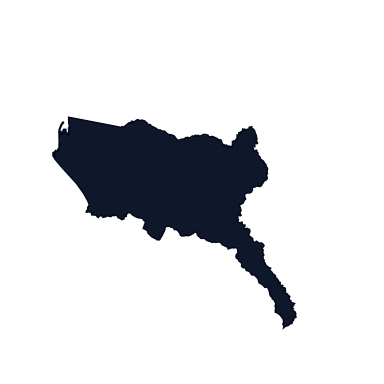 outline of Tumbes, Tumbes, Peru, rotated 295°
{"feature_id": "86281439B11077659062931", "entity_name": "Tumbes", "entity_type": "district", "adm_level": 2, "iso_a3": "PER", "parent_name": "Peru", "parent_adm1": "Tumbes", "projection": "robinson", "projection_center": [-80.432, -3.859], "detail": "fine", "context": "isolated", "style": "filled", "palette": "ink", "viewbox_px": 384, "rotation_deg": 295, "n_neighbors": 0, "source": "geoboundaries", "source_scale": "gbopen_adm2", "svg_char_len": 6087}
<svg xmlns="http://www.w3.org/2000/svg" viewBox="0 0 384 384"><g transform="rotate(295 192 192)"><path d="M107.6,332.4L109.9,333.5L111.4,335.4L114.3,336.9L115.0,338.1L117.8,337.6L118.4,338.3L119.3,337.5L120.6,338.2L122.0,338.3L122.7,339.1L123.4,338.2L124.3,337.6L124.9,337.8L126.7,336.5L127.7,333.2L128.5,332.7L129.2,333.0L129.1,330.7L130.0,331.7L131.1,331.5L131.9,332.1L132.5,331.7L134.2,332.1L133.9,329.0L134.5,327.7L135.3,327.5L135.2,326.1L137.5,324.3L138.2,324.9L138.7,324.7L138.8,324.3L138.4,324.2L138.6,323.1L139.9,321.8L139.8,319.5L142.8,318.0L143.0,317.5L144.1,317.3L144.3,316.4L143.8,315.3L143.8,313.7L144.3,313.5L145.4,314.0L145.7,313.3L145.0,312.3L144.9,311.2L145.6,310.5L146.8,310.5L147.3,310.1L147.2,308.3L148.4,307.6L149.0,305.8L149.6,305.3L149.5,303.5L151.3,303.2L151.4,302.3L152.0,301.3L151.8,300.2L153.1,298.3L154.0,295.7L154.7,295.2L156.1,295.5L156.0,293.0L156.7,290.6L157.5,289.0L158.6,288.1L159.2,286.7L159.7,286.2L160.6,286.3L161.5,284.7L163.5,283.5L165.4,283.7L165.9,282.3L166.9,282.1L168.1,281.1L169.5,281.1L170.0,279.9L170.7,279.3L173.7,280.0L174.5,279.1L175.2,276.7L173.9,274.1L174.6,271.9L174.6,271.2L173.4,270.6L172.4,269.3L173.2,268.0L175.5,266.6L176.6,261.5L180.5,261.3L182.4,259.9L182.2,256.8L180.8,255.5L180.7,254.6L181.2,254.1L183.5,254.4L184.4,254.0L183.5,251.7L185.8,250.0L184.5,248.7L183.9,246.9L184.5,246.2L186.3,245.8L187.4,244.7L189.7,243.6L190.4,243.8L190.9,245.9L191.7,246.3L193.2,244.1L195.4,244.3L196.6,243.8L200.8,239.9L201.4,241.4L203.0,242.7L204.0,243.0L206.6,242.9L208.2,243.6L210.2,241.6L212.2,240.6L214.2,242.0L215.6,244.7L216.6,245.7L219.6,245.9L221.5,244.6L223.5,247.3L225.0,248.1L225.3,250.5L226.7,252.1L232.4,252.7L234.3,254.1L235.6,254.5L236.8,254.1L238.9,252.2L240.6,252.6L242.1,251.3L244.6,250.9L245.7,250.0L246.5,248.4L248.0,247.5L249.0,245.1L250.1,243.9L250.9,239.7L252.2,239.2L253.5,235.8L255.2,235.4L255.8,233.9L257.1,233.0L257.1,232.5L255.8,232.3L255.7,230.8L256.3,229.8L257.2,229.5L257.6,227.6L258.6,227.6L259.6,229.8L262.0,228.7L263.1,228.8L263.6,229.5L263.2,230.5L263.9,230.8L265.8,228.6L267.3,228.5L270.7,226.1L271.9,224.6L274.0,222.8L275.0,220.8L274.6,219.7L276.4,218.5L274.8,216.5L274.0,217.2L272.8,216.7L272.6,216.0L270.8,214.7L270.7,214.2L271.3,213.4L270.5,212.2L270.6,211.4L270.2,211.5L270.1,212.3L269.1,211.7L268.2,212.1L267.5,211.3L266.8,211.8L266.7,210.8L265.4,209.4L264.5,209.9L265.0,210.7L264.8,211.0L263.5,210.4L262.7,210.5L262.8,208.8L259.5,210.2L258.7,209.8L258.8,210.5L258.2,210.7L256.4,209.3L255.6,207.8L254.6,207.3L253.6,208.5L252.6,208.2L251.6,209.2L250.8,208.8L250.2,209.4L249.3,209.2L249.5,208.0L249.1,207.3L249.5,206.4L249.2,206.0L248.4,206.0L248.3,205.4L249.1,203.5L248.8,202.9L247.5,202.5L248.4,201.4L248.2,199.7L251.5,196.1L250.6,194.7L251.1,191.9L251.0,187.1L249.3,184.6L249.4,183.7L250.3,182.3L249.6,179.1L248.8,177.8L247.0,176.7L246.1,175.4L245.9,173.4L244.9,172.8L244.9,171.0L243.6,170.5L242.9,168.6L241.9,168.4L239.4,166.3L239.8,165.1L238.6,163.9L238.7,163.3L236.9,162.6L235.3,160.1L233.2,158.1L233.2,155.9L235.3,152.2L235.2,149.8L234.1,145.7L235.6,141.4L234.8,140.3L234.7,136.7L233.9,135.3L234.5,132.5L234.6,127.2L235.4,125.7L234.7,123.4L234.9,122.3L235.8,121.8L235.8,120.5L236.4,119.2L236.0,116.1L234.8,115.0L234.6,112.2L233.7,111.3L231.7,110.4L230.8,108.9L230.9,107.9L230.5,107.3L229.5,108.1L228.8,108.0L228.9,107.0L228.1,105.7L221.8,102.5L221.6,100.8L220.3,100.0L219.9,97.5L207.6,48.6L201.6,51.6L200.9,52.5L199.5,53.1L197.5,53.1L197.2,53.6L197.7,53.7L194.0,54.8L192.9,55.8L193.0,54.8L191.6,55.0L192.1,54.5L191.9,53.3L192.7,52.8L192.2,52.4L193.5,52.2L193.4,51.3L195.2,51.5L195.4,50.9L194.7,49.3L193.4,49.1L189.4,50.2L188.9,49.5L189.4,48.8L191.5,47.7L191.3,47.2L189.7,47.2L190.2,46.9L189.7,47.0L189.1,47.9L188.2,48.4L185.9,48.7L187.7,47.9L188.8,47.9L189.9,46.5L191.3,46.4L192.1,45.7L193.4,45.5L193.5,45.9L194.6,45.4L195.5,45.7L198.6,45.5L198.9,45.8L199.2,45.4L200.2,46.3L200.9,45.9L200.5,45.3L197.7,44.9L193.7,45.1L190.9,45.7L180.6,50.8L179.1,52.2L179.0,53.1L178.3,52.3L180.1,50.9L175.9,52.8L172.5,52.2L173.9,52.8L176.0,53.0L174.2,53.3L171.0,52.4L170.0,51.4L171.4,52.0L171.6,51.9L168.8,50.4L167.8,51.5L167.9,52.3L167.6,52.2L167.9,50.8L168.6,50.2L172.5,51.2L171.8,50.7L168.8,50.0L168.8,49.5L168.2,49.6L167.1,52.1L165.9,52.2L166.5,50.5L166.1,50.6L163.7,54.3L159.8,62.6L151.0,83.6L145.0,94.3L140.1,101.1L137.3,104.1L136.6,104.4L134.1,104.0L132.2,104.9L130.1,104.4L129.0,104.8L130.4,106.8L131.0,108.8L130.6,109.6L128.9,110.9L130.4,114.5L129.2,117.7L131.9,118.8L132.5,119.4L131.4,122.2L133.7,124.8L134.6,125.2L135.3,128.7L137.3,129.9L137.8,131.7L139.1,132.8L138.6,134.5L137.4,136.2L137.8,137.4L137.3,140.2L138.9,141.7L139.7,141.2L141.1,141.3L142.2,142.7L144.2,141.8L145.4,142.8L146.7,142.8L146.9,143.1L146.9,146.2L146.1,147.6L145.8,151.6L146.1,154.8L147.3,158.0L145.9,160.5L145.5,162.3L144.9,162.6L138.4,163.2L138.3,166.9L137.6,168.4L136.2,169.5L134.4,174.5L134.3,179.3L133.9,179.9L134.5,180.9L134.2,181.2L134.8,182.6L136.1,183.0L137.2,182.6L138.2,183.2L145.7,183.4L148.0,182.7L149.2,182.8L149.8,183.1L151.6,185.9L151.2,187.7L151.8,188.7L151.7,190.0L150.5,192.0L151.3,193.5L151.0,195.4L149.8,197.9L148.0,199.7L147.9,201.5L149.1,203.8L150.3,204.7L150.2,205.8L151.5,208.0L155.1,210.7L157.4,211.5L156.7,214.2L155.2,215.3L153.8,219.7L155.4,223.4L154.4,225.6L155.0,231.8L156.1,233.1L156.5,235.1L158.0,237.1L158.3,239.5L157.0,241.7L157.1,248.0L155.8,248.5L155.7,249.0L157.4,250.5L158.8,252.4L159.0,253.7L160.1,254.9L160.2,256.1L159.7,257.3L156.5,259.3L153.7,258.7L151.8,259.2L151.0,260.3L150.3,263.0L149.1,263.9L149.0,265.7L148.5,266.7L147.4,267.8L145.7,268.2L145.0,270.2L145.7,271.7L145.6,273.3L144.2,273.8L143.8,275.1L144.3,276.0L144.1,278.1L142.1,281.1L142.9,282.7L142.8,284.7L141.3,288.4L138.0,291.3L137.9,294.6L136.4,298.4L137.5,299.9L137.6,300.4L136.4,302.4L133.4,305.1L131.7,306.1L130.7,307.5L130.7,308.7L129.2,309.9L128.8,312.1L127.6,313.3L126.3,315.4L123.9,315.4L122.0,317.1L120.2,317.4L118.3,318.3L118.3,319.4L119.0,320.4L118.3,321.1L117.7,324.1L115.2,328.6L113.8,329.3L112.8,330.4L111.5,330.0L110.5,330.3L109.2,332.1L107.6,332.4Z" fill="#0f172a" stroke="#020617" stroke-width="1.5"/></g></svg>